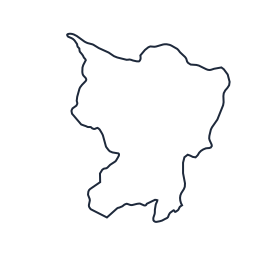 outline of Táchira, rotated 197°
{"feature_id": "VEN-28", "entity_name": "Táchira", "entity_type": "State", "adm_level": 1, "iso_a3": "VEN", "parent_name": "Venezuela", "parent_adm1": "", "projection": "albers", "projection_center": [-71.957, 7.987], "detail": "fine", "context": "isolated", "style": "outline", "palette": "slate", "viewbox_px": 256, "rotation_deg": 197, "n_neighbors": 0, "source": "natural_earth", "source_scale": "10m", "svg_char_len": 3098}
<svg xmlns="http://www.w3.org/2000/svg" viewBox="0 0 256 256"><g transform="rotate(197 128 128)"><path d="M63.1,119.9L65.5,116.5L65.2,110.9L62.1,100.8L57.3,91.7L56.5,88.4L56.7,86.0L58.0,81.2L58.2,78.8L57.8,76.4L56.8,73.9L55.4,71.7L53.7,69.9L54.5,69.0L55.4,67.7L55.7,66.2L55.8,65.3L56.0,64.5L56.3,63.9L57.7,62.1L58.1,61.7L58.6,61.6L59.8,62.6L60.4,62.6L62.8,59.4L63.1,58.8L63.3,58.0L63.5,57.2L63.7,54.5L64.0,53.9L64.4,53.3L64.8,52.9L65.6,52.2L68.4,49.4L70.2,48.2L73.2,46.6L73.8,46.4L74.6,46.3L75.9,46.6L76.7,47.2L77.3,48.7L77.5,49.8L77.4,53.7L77.7,55.3L78.4,57.7L79.1,63.0L78.7,66.6L78.8,67.5L79.8,67.5L81.2,67.2L87.9,61.0L88.1,59.9L88.4,59.4L89.0,58.9L90.0,58.7L94.4,59.2L95.2,59.0L97.2,58.1L100.7,56.0L101.6,55.5L102.5,55.2L103.4,55.1L106.1,55.2L107.0,55.2L107.9,54.6L109.0,53.7L110.5,51.5L113.0,49.4L113.7,49.0L114.1,48.8L114.9,48.0L122.0,36.3L139.7,39.4L140.6,39.9L141.7,40.8L142.3,41.5L142.7,42.3L142.9,43.1L143.3,47.5L143.6,48.2L143.9,48.9L146.5,52.2L146.7,52.5L146.8,52.8L147.3,55.5L147.1,57.2L146.3,58.7L138.8,68.1L141.5,76.3L140.4,80.5L139.9,81.2L139.1,82.1L136.9,83.2L136.1,84.1L134.3,87.6L130.6,92.0L130.0,93.0L129.2,96.2L128.7,98.7L128.7,99.3L128.8,99.9L129.0,100.4L129.7,100.9L135.7,100.1L138.6,100.4L140.0,101.1L143.1,103.3L143.7,103.9L149.9,113.7L151.2,115.1L154.6,118.2L156.0,118.9L157.2,119.2L157.8,118.8L158.4,118.4L158.9,117.9L159.5,117.4L160.5,117.1L162.1,117.2L163.5,117.9L164.4,117.9L165.9,117.4L166.9,117.2L169.0,117.5L170.0,117.5L173.8,117.7L185.7,125.3L187.0,127.7L187.1,128.4L186.8,130.5L183.9,134.3L183.6,136.4L183.8,137.1L185.0,139.0L185.7,143.0L185.9,151.1L185.7,152.8L184.6,155.8L182.2,160.5L182.0,161.6L182.2,162.4L182.7,163.0L183.2,163.5L185.8,165.0L186.3,165.4L186.7,165.8L187.3,166.6L188.1,168.3L189.2,172.5L189.2,175.1L188.2,180.5L188.9,181.3L189.8,181.9L190.6,182.3L191.3,183.0L192.1,183.9L193.3,184.9L196.4,186.9L197.2,188.3L197.8,189.8L199.9,191.0L200.6,192.0L201.2,193.3L204.6,196.0L206.3,196.9L208.2,197.4L211.9,197.8L212.9,198.5L213.4,199.2L213.4,199.6L213.1,200.1L212.2,200.7L211.0,201.2L209.6,201.5L208.5,201.6L207.2,201.6L203.9,201.0L194.8,197.9L193.2,197.6L191.6,197.4L186.6,197.6L185.5,197.5L179.3,195.9L168.6,194.5L162.4,192.6L158.9,192.3L149.4,192.8L147.9,193.3L146.8,193.9L145.1,194.1L143.0,194.0L139.3,194.3L137.6,194.7L136.8,195.1L136.5,195.8L136.3,196.5L136.2,197.4L136.3,198.2L136.8,199.7L137.1,200.4L137.4,201.0L134.6,207.6L132.2,211.1L131.3,211.9L130.5,212.5L129.7,212.7L126.5,213.4L125.0,214.1L118.9,218.1L117.4,218.8L115.4,219.4L112.4,219.7L110.6,219.5L104.0,218.0L102.7,217.3L100.3,215.6L94.2,212.6L93.0,211.7L92.5,211.2L90.9,208.8L89.5,207.8L86.6,207.0L81.0,208.3L78.5,208.4L70.4,207.1L68.7,207.0L67.5,207.2L66.7,207.4L65.4,208.1L63.0,209.8L56.4,213.2L53.6,212.2L48.3,208.3L44.3,201.8L43.8,198.4L44.7,195.3L46.0,192.4L46.6,189.2L46.1,186.4L44.1,180.6L43.7,177.6L45.0,162.2L47.9,153.2L48.3,150.7L47.9,144.3L47.3,141.7L46.3,140.1L43.2,136.6L42.6,135.3L43.1,133.6L44.4,132.6L46.0,132.0L47.6,131.3L49.8,129.5L51.5,127.5L52.7,125.2L53.4,122.3L54.8,119.7L57.6,119.3L60.6,119.8L63.1,119.9Z" fill="none" stroke="#1e293b" stroke-width="2"/></g></svg>